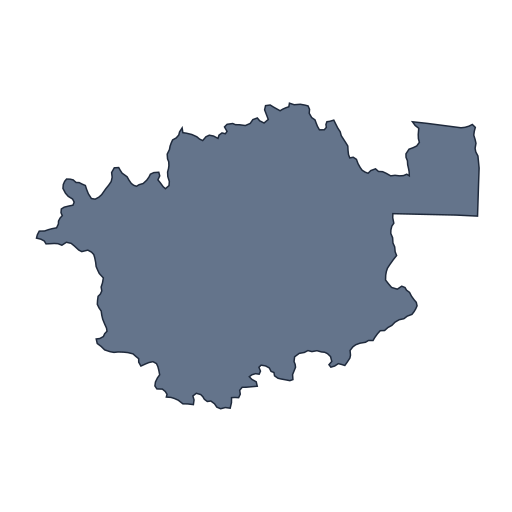 Pancas, Espírito Santo, Brazil (orthographic projection), rotated 92°
{"feature_id": "56859067B19948054793148", "entity_name": "Pancas", "entity_type": "district", "adm_level": 2, "iso_a3": "BRA", "parent_name": "Brazil", "parent_adm1": "Espírito Santo", "projection": "orthographic", "projection_center": [-40.82, -19.149], "detail": "fine", "context": "isolated", "style": "filled", "palette": "slate", "viewbox_px": 512, "rotation_deg": 92, "n_neighbors": 0, "source": "geoboundaries", "source_scale": "gbopen_adm2", "svg_char_len": 4713}
<svg xmlns="http://www.w3.org/2000/svg" viewBox="0 0 512 512"><g transform="rotate(92 256 256)"><path d="M130.6,334.3L134.6,336.7L137.8,337.4L140.8,339.9L142.9,343.4L146.1,344.7L149.2,345.7L152.6,346.2L157.3,348.3L162.0,347.8L164.9,346.5L168.8,346.2L171.7,346.5L175.2,347.3L179.7,346.9L184.6,345.2L188.7,345.4L191.9,348.9L189.9,351.3L186.3,354.1L183.3,356.7L179.3,355.0L175.7,356.1L176.2,361.0L177.9,364.4L180.8,365.7L184.0,367.8L187.5,371.3L188.8,375.3L190.5,377.9L189.6,380.7L187.8,383.2L184.6,385.6L181.3,387.6L177.9,392.7L174.9,394.8L172.4,396.3L172.8,400.7L177.6,403.2L182.3,402.5L186.6,403.3L190.4,405.7L194.1,408.5L200.1,412.4L202.7,415.1L204.8,418.7L204.3,422.5L199.7,425.7L195.4,427.6L191.5,429.0L190.2,432.3L188.8,435.3L188.8,438.4L186.3,441.4L185.7,444.4L185.7,448.0L188.0,449.8L191.3,451.1L195.2,451.3L199.9,448.6L202.9,445.8L205.5,441.3L208.5,439.6L211.6,440.7L212.5,444.5L213.9,449.4L215.8,452.2L219.5,452.4L222.4,451.0L224.9,453.1L228.0,454.6L230.9,454.6L234.8,456.3L235.8,460.7L236.9,464.3L238.4,468.2L238.7,473.5L242.5,475.3L245.8,476.0L246.7,471.6L248.4,468.1L251.2,466.3L250.9,462.3L250.5,458.1L250.6,454.3L252.0,450.4L248.9,446.0L249.8,441.2L252.3,437.9L254.2,435.7L256.2,433.4L257.7,430.3L256.0,424.3L257.9,420.5L260.2,418.2L263.4,417.1L268.1,416.0L272.1,415.4L275.3,413.9L279.0,412.0L283.2,407.8L288.3,408.5L292.4,409.7L296.3,408.9L299.6,410.3L301.8,412.4L305.8,412.8L309.8,412.9L313.3,411.1L316.4,408.8L320.4,408.1L324.5,407.0L329.2,404.9L333.2,402.9L336.4,402.3L338.9,404.5L341.8,405.7L343.9,409.2L344.5,412.8L349.0,411.6L351.7,407.7L355.1,404.0L356.7,398.6L357.3,394.6L356.7,390.5L356.7,385.0L357.0,380.6L358.1,375.5L360.6,372.5L362.7,369.7L366.2,369.5L370.0,367.2L367.7,362.6L366.2,359.3L365.2,355.3L367.0,351.7L370.0,350.2L373.4,349.2L378.1,348.1L381.2,350.2L385.4,352.1L389.4,352.5L392.3,350.4L392.3,344.9L394.6,341.9L397.3,340.1L400.1,340.7L400.3,336.0L401.2,332.7L402.8,328.7L406.3,323.9L406.2,319.3L406.7,313.4L402.0,312.9L398.1,314.2L395.3,310.9L396.4,306.4L398.5,304.2L401.0,302.6L403.1,299.6L402.5,296.1L405.1,292.3L408.4,289.9L409.9,286.0L408.5,281.4L409.0,276.5L403.4,275.4L398.4,275.5L398.1,272.0L398.2,268.4L394.6,266.9L390.8,267.6L387.7,265.3L387.5,261.3L386.7,255.0L386.1,250.2L381.7,251.4L379.4,255.9L376.9,258.5L374.9,256.1L373.6,252.4L374.0,248.7L370.9,247.5L367.1,249.2L364.9,247.1L365.5,242.6L367.4,238.8L370.8,236.9L371.8,234.0L375.1,233.3L377.4,229.8L378.0,226.9L378.8,221.5L379.4,217.8L378.2,214.8L373.2,215.3L369.1,213.8L365.8,212.6L362.9,213.1L360.2,214.3L355.4,213.9L351.8,209.4L350.7,204.3L348.7,200.8L349.6,196.8L348.5,191.8L349.6,187.2L349.8,184.0L351.1,181.1L353.9,178.0L358.7,176.6L362.1,179.3L364.5,177.3L363.2,173.5L360.7,170.0L361.4,166.7L362.3,163.4L359.0,161.2L354.7,158.6L351.8,158.1L347.1,158.7L343.4,156.0L341.2,153.2L339.5,149.0L338.4,143.6L336.5,140.6L336.4,136.1L333.4,134.5L329.5,131.9L326.3,129.2L326.0,124.9L322.9,121.7L320.6,117.8L317.3,114.8L314.7,110.7L313.5,106.0L310.8,102.7L308.9,98.1L306.1,96.1L303.4,94.6L300.2,93.3L296.7,94.2L294.1,96.6L290.6,99.3L287.0,101.3L284.9,104.4L282.3,106.0L281.1,109.3L284.2,113.6L282.7,119.4L279.2,122.6L275.5,125.7L270.6,125.7L267.0,125.2L263.6,124.2L260.1,122.1L254.8,118.6L250.6,115.5L246.9,117.1L242.1,117.7L238.2,119.6L233.0,120.1L228.7,122.1L225.3,122.1L221.4,121.3L218.4,119.4L213.0,120.7L208.9,120.7L208.1,57.5L208.4,36.0L175.1,36.1L160.3,36.1L148.3,37.7L144.3,40.0L140.7,40.8L135.7,40.1L131.9,41.1L127.6,42.6L123.7,42.2L119.8,41.3L117.0,44.4L118.8,47.7L120.1,51.6L120.7,55.6L117.5,89.4L116.4,104.3L120.0,101.5L122.7,97.8L128.9,98.1L133.1,97.8L136.7,96.7L140.4,99.2L142.3,102.8L143.9,106.8L148.7,109.7L152.2,109.5L155.5,108.0L159.5,107.6L162.9,106.7L166.4,105.9L170.5,105.6L169.0,108.2L170.5,111.4L170.9,115.3L170.5,119.9L171.2,124.2L168.9,128.6L167.3,132.4L167.2,136.6L164.7,139.6L166.6,144.2L169.4,146.9L168.4,149.8L166.6,152.9L163.9,155.0L160.1,157.3L155.9,159.0L153.9,162.3L154.7,165.7L151.4,167.1L147.4,167.7L142.9,168.1L140.0,170.0L136.4,172.5L132.8,175.0L128.9,176.2L125.2,178.8L121.0,181.1L117.5,183.0L118.8,186.9L119.3,189.8L122.1,190.7L125.0,190.2L127.5,192.2L127.7,197.0L124.3,199.1L121.1,200.5L117.9,201.8L115.7,205.2L111.5,207.8L107.6,207.6L104.2,209.2L103.5,212.3L102.8,217.0L103.5,223.1L102.1,227.9L105.7,228.4L106.9,231.5L108.3,234.4L110.0,237.0L106.5,243.8L104.6,247.1L105.4,251.7L109.6,252.5L119.1,248.5L122.8,252.6L120.8,257.0L118.0,259.5L119.8,263.9L123.7,266.4L126.0,271.2L125.4,277.2L125.5,281.1L124.4,283.9L125.4,289.5L128.1,292.0L132.5,289.3L134.9,290.9L134.2,294.3L136.5,297.2L139.8,298.1L137.6,302.6L136.9,306.9L138.6,310.2L142.5,313.3L141.1,316.5L138.9,319.3L136.8,324.4L135.7,329.8L135.3,333.4L130.6,334.3Z" fill="#64748b" stroke="#1e293b" stroke-width="1.5"/></g></svg>